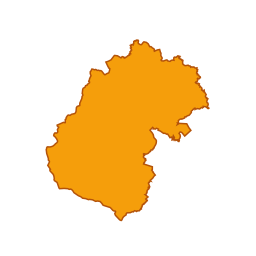 Ixtlahuacán del Río, Jalisco, Mexico, rotated 46°
{"feature_id": "50627088B86535145989584", "entity_name": "Ixtlahuacán del Río", "entity_type": "district", "adm_level": 2, "iso_a3": "MEX", "parent_name": "Mexico", "parent_adm1": "Jalisco", "projection": "mercator", "projection_center": [-103.216, 20.904], "detail": "fine", "context": "isolated", "style": "filled", "palette": "amber", "viewbox_px": 256, "rotation_deg": 46, "n_neighbors": 0, "source": "geoboundaries", "source_scale": "gbopen_adm2", "svg_char_len": 5771}
<svg xmlns="http://www.w3.org/2000/svg" viewBox="0 0 256 256"><g transform="rotate(46 128 128)"><path d="M170.2,55.6L169.6,56.2L168.4,56.2L167.4,55.6L167.4,55.0L166.6,53.8L165.4,53.2L164.6,53.5L163.3,52.6L162.5,50.3L161.3,51.0L160.8,50.2L160.2,50.6L159.4,50.6L158.8,50.1L158.3,48.6L155.0,47.9L153.6,46.9L153.5,47.5L153.9,48.4L152.5,48.2L152.2,48.6L151.7,48.6L151.2,47.6L150.3,47.1L148.5,47.2L148.4,47.5L148.1,47.0L146.5,47.3L145.9,46.0L144.8,46.3L144.4,47.3L143.2,47.9L142.8,47.7L142.2,47.9L142.0,46.9L142.8,46.2L142.3,45.6L141.9,44.5L140.7,43.8L140.7,43.3L141.8,43.0L142.0,42.7L141.8,42.0L142.1,41.0L141.4,40.5L140.1,40.8L138.9,40.4L137.8,41.1L137.2,40.2L136.9,40.2L136.6,40.6L136.2,40.6L135.2,39.3L135.5,38.8L134.7,38.3L134.6,37.4L134.3,37.3L133.7,37.8L132.6,36.6L131.9,37.7L131.2,38.1L129.8,38.2L129.3,39.1L128.3,39.6L127.9,40.7L126.7,40.2L125.5,41.0L124.6,41.1L123.2,43.2L122.3,43.9L119.9,44.1L118.0,42.5L117.9,41.9L117.4,41.5L116.8,41.6L116.4,42.3L115.4,42.0L114.9,42.6L114.0,42.3L113.4,42.9L112.8,42.4L112.8,41.9L112.3,42.3L111.8,42.2L112.1,41.2L110.7,42.0L110.6,44.2L109.3,45.3L109.2,46.0L110.4,47.5L111.2,47.9L110.0,48.9L109.4,49.9L109.3,51.4L108.9,51.8L107.3,52.8L106.4,52.6L105.7,53.1L104.4,56.0L102.9,57.2L102.0,57.0L101.9,55.7L101.4,54.8L98.6,54.0L97.1,52.3L96.1,52.1L93.5,50.7L92.2,52.7L91.1,55.7L90.5,55.4L90.0,54.6L88.8,54.3L87.3,54.9L86.2,54.8L85.4,55.0L84.5,55.9L81.5,55.0L79.2,55.3L77.1,56.7L77.0,57.6L77.4,60.2L77.2,60.7L76.2,61.4L74.5,61.8L73.7,61.5L72.6,59.9L71.6,59.8L71.3,60.5L70.8,60.7L70.9,61.5L70.5,61.7L70.7,62.1L70.4,62.6L69.8,62.8L69.8,63.8L71.4,65.4L71.2,66.1L71.7,66.6L71.0,66.8L70.9,67.9L70.4,67.9L70.6,68.3L70.2,69.0L72.4,69.7L72.2,70.7L73.3,70.8L74.4,71.2L74.2,71.9L74.8,72.6L74.6,73.7L75.3,74.1L75.4,74.4L76.2,74.5L75.8,75.0L76.2,75.1L75.8,76.0L76.6,76.3L75.9,78.1L75.9,79.9L75.5,80.5L75.6,81.2L75.1,82.1L74.5,82.1L74.3,81.7L73.1,82.2L72.6,82.6L72.7,84.3L68.8,85.4L66.5,87.2L66.4,87.7L67.2,92.9L66.3,95.8L65.2,98.1L70.1,99.8L70.8,99.8L71.3,100.2L72.7,99.9L73.8,101.3L74.9,103.3L74.9,103.8L74.3,105.0L73.7,107.6L72.7,107.8L68.9,107.4L67.8,107.7L67.1,108.6L66.1,108.9L65.2,110.1L63.5,110.5L62.7,111.8L61.6,112.2L60.5,113.0L61.3,115.3L61.3,116.1L62.7,117.4L64.7,118.3L65.8,121.3L66.9,122.9L66.9,123.5L67.2,123.9L68.2,123.7L68.7,124.3L68.4,126.9L68.8,127.6L68.1,129.1L68.8,130.7L68.3,132.6L68.7,133.7L71.5,137.1L72.2,137.1L73.1,137.7L73.4,139.1L74.7,140.7L76.6,145.3L78.3,147.1L77.2,149.5L77.3,150.2L77.5,151.0L80.1,154.0L80.6,155.5L80.6,156.3L78.9,159.1L78.7,160.9L77.5,161.6L77.0,162.6L77.5,165.1L78.5,166.4L78.3,167.2L80.5,169.3L80.5,169.6L79.1,170.5L76.7,177.0L77.5,177.5L79.3,177.3L80.1,179.9L81.7,180.9L82.2,181.7L82.1,182.9L80.8,183.9L80.9,185.2L81.6,186.5L82.4,186.8L83.9,186.6L86.2,186.9L88.3,187.6L88.9,188.2L89.2,189.5L88.9,191.2L89.1,192.2L88.8,194.9L87.6,197.1L85.5,199.2L85.8,200.4L86.4,201.0L86.7,201.8L89.9,204.2L94.5,206.4L95.8,207.6L97.1,207.6L97.8,208.0L99.2,211.7L103.8,212.5L103.8,213.3L104.8,213.9L109.5,214.0L111.4,214.9L113.1,216.1L113.7,217.0L114.7,217.5L117.9,216.8L123.2,219.3L124.1,219.4L127.0,216.0L129.9,213.4L131.3,212.9L132.1,211.7L133.1,211.3L134.8,211.3L137.0,211.8L142.3,210.7L144.6,209.7L147.0,209.4L149.4,207.5L152.1,206.2L152.6,205.3L155.0,203.4L158.2,202.3L159.5,200.5L161.6,199.1L164.5,199.2L165.7,199.6L166.8,199.3L172.9,196.0L176.8,196.1L177.8,195.8L179.0,194.9L179.7,195.1L180.4,197.0L182.1,197.7L188.3,197.8L189.8,197.2L189.9,196.4L188.9,193.9L188.8,192.1L189.2,189.7L188.5,189.0L188.3,188.1L188.5,187.5L190.5,185.2L191.2,183.1L192.1,182.4L192.0,180.8L193.0,180.1L193.8,180.0L193.8,179.5L194.1,179.4L194.1,178.8L195.4,177.4L195.3,176.3L195.1,176.1L195.5,174.8L194.9,174.7L195.1,174.2L194.3,173.3L194.5,172.7L193.3,171.2L193.5,170.8L193.3,170.4L193.9,169.6L193.3,169.1L193.8,167.9L193.5,167.4L193.8,166.9L193.4,166.1L193.7,164.6L193.2,164.3L192.4,164.7L191.4,164.6L191.5,161.5L187.9,161.9L188.3,161.3L187.8,160.0L187.8,159.4L187.2,159.2L187.2,158.7L186.2,157.6L186.2,155.7L186.0,155.8L186.0,155.2L185.5,155.2L184.7,154.6L184.8,154.2L185.7,154.1L185.4,153.2L181.8,151.6L181.9,150.6L181.6,150.6L181.7,148.6L181.9,148.5L181.1,148.4L181.3,145.3L180.7,142.6L180.8,141.1L177.3,140.8L177.3,140.5L174.8,140.2L174.8,139.4L172.8,137.4L164.7,141.8L164.0,140.5L164.3,140.2L163.4,138.2L163.7,137.9L163.6,137.5L162.3,137.5L162.5,136.8L162.2,136.7L161.1,137.3L159.5,137.1L159.0,135.9L159.2,135.0L158.9,134.6L158.3,135.5L157.4,134.8L157.5,134.4L159.3,133.3L160.1,131.6L160.3,130.6L160.1,129.0L160.5,128.2L160.2,127.5L159.9,127.5L159.8,126.6L160.8,125.6L160.7,124.9L160.2,124.3L160.5,123.8L160.4,123.1L160.1,123.1L159.2,119.7L158.4,118.1L157.0,116.5L156.0,116.1L152.8,116.0L150.4,114.5L148.5,114.0L144.8,113.7L144.7,109.8L146.0,109.8L146.3,110.3L146.5,109.8L147.7,109.2L147.9,107.8L149.0,107.2L150.0,106.9L150.5,107.9L152.6,106.9L156.4,106.2L157.6,105.0L159.3,104.5L159.9,103.7L164.2,104.5L164.6,103.2L165.1,103.3L165.8,101.9L165.1,100.8L166.9,101.2L166.7,102.4L166.4,102.8L166.4,103.5L167.2,104.6L167.6,103.8L167.4,102.9L168.1,103.1L167.6,102.2L169.2,102.6L169.1,102.4L169.8,101.8L170.2,101.9L170.5,101.2L171.1,101.2L170.8,100.7L171.2,100.3L171.9,100.2L172.8,101.0L173.1,100.7L172.6,99.7L171.6,99.2L171.3,97.6L170.3,96.1L168.9,95.2L167.4,95.1L167.0,93.6L167.4,92.9L168.8,92.4L173.2,92.8L173.4,84.4L170.1,84.0L165.8,82.8L160.3,87.9L159.8,90.1L159.4,89.1L158.7,88.9L159.1,88.5L159.1,87.9L157.6,86.6L157.8,84.6L158.5,83.3L159.0,83.2L159.8,81.2L160.1,80.3L159.5,79.2L160.4,78.4L160.4,76.8L161.2,75.5L161.3,74.7L160.9,71.7L159.9,70.9L159.8,70.4L160.0,69.5L159.8,68.2L160.1,67.6L159.9,66.6L160.5,66.0L161.2,66.6L161.2,66.1L161.9,65.5L162.1,64.7L164.1,63.2L164.2,61.6L164.4,60.8L165.3,60.5L165.2,60.0L165.4,59.6L164.7,58.9L166.8,57.3L169.7,56.9L170.2,55.6Z" fill="#f59e0b" stroke="#b45309" stroke-width="1.5"/></g></svg>